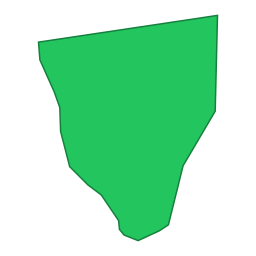 Izola, orthographic projection
{"feature_id": "SVN-1027", "entity_name": "Izola", "entity_type": "Municipality", "adm_level": 1, "iso_a3": "SVN", "parent_name": "Slovenia", "parent_adm1": "", "projection": "orthographic", "projection_center": [13.637, 45.516], "detail": "fine", "context": "isolated", "style": "filled", "palette": "green", "viewbox_px": 256, "rotation_deg": 0, "n_neighbors": 0, "source": "natural_earth", "source_scale": "10m", "svg_char_len": 335}
<svg xmlns="http://www.w3.org/2000/svg" viewBox="0 0 256 256"><path d="M38.5,42.1L217.5,15.4L215.2,111.2L183.1,165.7L168.4,224.8L159.3,230.8L138.1,240.6L124.2,235.1L119.5,229.5L118.6,220.6L101.3,195.0L87.9,184.9L69.7,166.7L60.6,131.4L59.8,107.5L54.2,91.8L39.9,59.9L38.5,42.1Z" fill="#22c55e" stroke="#15803d" stroke-width="1.5"/></svg>